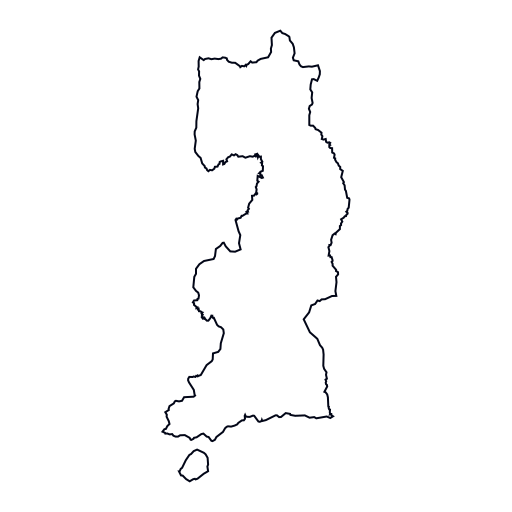 Manggarai, Nusa Tenggara Timur, Indonesia
{"feature_id": "22746128B41361424069199", "entity_name": "Manggarai", "entity_type": "district", "adm_level": 2, "iso_a3": "IDN", "parent_name": "Indonesia", "parent_adm1": "Nusa Tenggara Timur", "projection": "robinson", "projection_center": [120.422, -8.578], "detail": "fine", "context": "isolated", "style": "outline", "palette": "ink", "viewbox_px": 512, "rotation_deg": 0, "n_neighbors": 0, "source": "geoboundaries", "source_scale": "gbopen_adm2", "svg_char_len": 6031}
<svg xmlns="http://www.w3.org/2000/svg" viewBox="0 0 512 512"><path d="M318.0,65.3L311.9,66.7L308.8,66.4L302.9,67.1L301.0,66.3L299.5,64.5L298.3,61.3L293.7,60.3L292.9,57.7L294.6,53.3L293.9,47.3L292.7,43.8L289.9,40.5L289.4,37.0L288.8,36.3L285.1,34.0L282.3,33.1L280.3,30.7L274.9,32.9L271.5,37.7L271.9,45.1L270.9,48.6L271.1,52.0L268.1,57.3L260.7,58.9L257.7,60.6L256.4,62.2L252.2,62.6L250.6,61.3L248.2,64.1L246.7,64.7L246.3,65.8L245.7,64.9L244.3,66.3L241.9,65.9L240.3,67.1L239.9,66.2L235.2,62.8L231.8,62.7L228.7,61.7L227.0,59.8L226.8,58.4L225.2,57.7L222.6,57.4L221.0,58.7L218.5,59.1L214.6,58.6L211.4,59.2L208.5,58.3L205.0,59.0L203.7,60.1L199.7,57.3L198.6,61.0L198.7,66.6L198.1,69.4L199.1,71.4L199.0,75.6L200.3,78.9L199.3,82.0L199.4,88.5L197.7,91.2L196.5,96.7L198.2,100.1L197.6,104.1L198.2,108.3L196.4,121.1L196.3,127.7L194.7,131.4L194.6,134.4L195.8,140.6L194.7,148.8L195.3,152.0L198.4,156.0L200.6,157.9L202.2,163.4L204.7,166.1L204.9,167.5L206.5,168.5L207.1,170.1L208.4,171.2L209.9,169.9L212.1,170.3L214.3,168.7L214.9,166.8L217.5,166.6L218.5,164.4L219.5,163.9L219.7,162.0L220.5,161.5L223.1,160.8L223.1,164.4L224.3,164.0L225.4,162.1L227.1,161.3L226.4,159.3L228.2,157.2L229.9,156.6L231.7,154.4L234.0,155.4L235.6,154.2L237.3,155.1L238.3,156.7L242.6,156.2L245.4,157.7L249.9,156.2L252.7,156.7L254.7,155.8L255.8,156.5L256.2,155.9L255.3,154.4L257.2,153.8L257.9,157.2L258.6,155.6L259.5,156.8L260.9,156.6L260.9,159.1L262.3,161.7L261.1,162.7L262.1,163.3L261.9,165.4L263.0,166.2L262.8,170.8L260.5,171.7L259.2,173.2L260.3,173.4L260.3,175.3L261.7,175.2L262.9,177.6L261.8,178.0L257.7,175.9L257.3,180.7L258.6,181.7L257.0,183.5L256.5,186.2L255.8,187.0L256.6,189.3L256.2,192.6L257.2,193.2L257.2,193.8L256.5,194.4L255.5,193.6L254.1,195.6L252.0,195.8L252.3,199.9L249.2,203.6L248.1,207.7L248.9,208.8L247.5,210.5L248.0,211.7L246.5,212.0L247.3,213.5L246.1,213.6L242.4,215.9L241.6,215.8L240.6,217.8L237.8,218.5L237.0,219.5L236.3,218.8L235.5,220.0L238.6,231.3L240.3,235.1L239.0,243.2L240.6,249.4L235.1,251.7L230.3,251.4L225.7,246.3L223.8,242.7L222.6,242.9L220.2,246.0L215.9,249.0L215.0,256.1L213.6,259.0L204.0,261.0L199.4,264.2L196.0,268.8L196.0,273.8L194.3,276.8L193.3,287.3L196.0,290.9L198.2,292.6L199.0,295.3L198.5,298.6L197.5,298.9L197.3,300.2L194.0,300.5L192.9,302.4L194.1,303.2L194.0,304.9L196.5,306.9L196.4,308.1L197.6,307.6L197.8,309.2L198.6,308.8L199.0,311.2L200.5,311.3L201.6,312.0L201.5,312.6L202.3,312.7L201.1,314.1L202.0,313.6L201.9,314.7L202.6,314.8L202.1,315.9L202.6,316.7L201.8,317.2L202.8,318.6L204.4,317.6L204.7,318.1L204.2,318.8L205.4,319.2L206.9,320.7L208.3,320.7L210.2,318.3L211.4,315.6L212.2,315.7L211.9,316.9L213.6,317.6L213.3,318.1L214.3,318.8L217.1,324.9L218.7,326.4L221.0,327.2L223.3,329.5L223.8,333.2L220.8,343.3L220.4,349.0L218.2,351.9L213.0,353.4L212.7,359.4L211.8,361.1L206.6,365.1L200.8,375.0L198.5,375.9L197.8,375.5L197.5,376.3L196.2,375.8L195.4,376.9L193.6,376.5L192.6,377.0L189.3,376.9L188.2,378.7L188.1,380.3L189.0,382.4L193.8,389.9L194.6,394.7L195.1,395.5L193.6,396.7L184.1,397.2L182.0,400.8L179.0,401.4L175.9,400.8L174.8,401.4L173.8,403.4L169.5,406.1L168.6,408.9L168.8,410.0L165.3,412.2L166.8,414.7L166.6,416.7L168.8,421.2L169.5,424.0L167.3,426.1L165.9,428.9L164.4,429.2L162.5,431.7L165.0,432.8L165.3,433.6L167.3,433.5L169.6,434.4L172.2,434.1L173.4,435.7L175.6,436.6L178.0,436.6L180.1,435.3L184.8,435.1L189.6,437.8L190.6,439.7L191.3,439.9L193.5,438.8L194.0,437.8L196.6,437.3L201.3,434.1L203.4,433.6L206.7,436.6L208.6,437.0L211.4,440.8L212.5,441.1L214.9,439.8L216.4,437.0L223.0,431.9L225.1,428.2L226.7,426.8L228.0,426.3L231.1,426.6L234.6,425.6L237.2,424.4L238.3,422.9L241.9,420.4L243.9,420.3L245.0,418.7L244.7,415.8L245.1,414.9L245.7,416.3L246.9,416.8L249.8,416.9L253.0,415.6L254.2,415.8L258.4,421.5L259.8,421.8L261.6,421.0L261.9,420.0L262.3,421.0L265.9,420.1L275.6,415.3L276.9,415.3L279.1,417.1L281.0,417.0L285.7,413.1L290.1,413.9L290.4,414.9L295.2,415.8L304.8,415.4L309.6,417.7L314.2,417.1L316.3,418.3L326.7,416.5L330.3,418.0L333.0,416.3L331.6,415.4L331.3,414.3L330.3,414.4L330.7,413.9L330.1,413.8L329.8,412.4L330.0,409.6L329.2,409.4L328.6,407.8L328.9,406.8L328.3,406.3L327.9,397.3L327.2,394.4L325.6,392.3L324.4,391.8L327.2,386.5L326.9,384.9L326.1,384.3L325.7,382.7L326.2,381.3L325.5,379.6L326.9,378.7L326.0,374.8L326.5,372.3L324.1,368.8L323.3,365.8L323.6,354.5L323.1,349.7L322.2,347.7L320.0,345.2L317.3,338.8L309.9,332.3L303.7,319.3L309.1,312.4L311.3,305.4L315.1,304.0L317.5,300.5L319.7,301.1L321.6,299.4L325.1,299.2L332.0,296.0L336.3,295.9L335.4,291.1L336.5,282.2L336.0,276.8L338.1,274.4L338.0,272.2L336.0,271.0L336.1,269.8L332.6,265.7L332.6,263.8L331.6,261.9L332.6,260.9L332.5,260.0L331.6,257.1L330.4,257.1L330.1,255.5L328.6,255.6L329.4,251.1L328.4,247.2L329.4,245.9L329.4,245.0L330.6,245.1L331.6,242.7L331.1,239.8L332.6,235.2L334.7,233.5L335.6,234.1L335.9,232.8L339.9,229.1L339.9,226.0L341.1,225.1L341.0,223.5L342.3,221.6L341.1,219.3L343.7,217.7L344.7,216.3L346.0,216.1L346.3,214.9L347.6,213.7L347.6,212.9L346.3,211.7L347.3,210.8L347.6,208.9L348.7,207.7L349.5,199.7L349.1,198.4L347.2,197.8L345.9,190.9L345.0,189.6L344.6,185.3L343.2,183.2L343.9,182.1L341.2,177.2L342.8,170.9L340.2,169.1L340.2,166.9L338.7,165.6L337.9,163.3L336.5,162.2L335.1,159.7L335.2,158.4L334.0,157.8L334.6,154.7L334.1,153.5L332.2,152.5L332.1,148.2L330.2,148.0L329.3,147.1L329.3,145.4L330.1,145.0L329.4,144.1L330.2,142.9L329.3,142.3L327.4,142.7L326.1,141.8L325.7,139.0L323.5,139.6L321.8,139.0L322.4,136.2L321.3,134.6L321.5,132.7L318.1,130.0L315.6,129.2L315.2,127.9L313.1,125.7L310.8,125.7L309.3,125.0L309.3,115.2L310.2,112.0L308.9,108.8L309.7,106.0L312.0,104.5L312.6,102.9L311.6,98.0L312.2,92.4L310.3,89.4L310.7,84.5L312.0,79.3L313.7,79.1L317.2,80.8L318.7,77.5L319.8,74.3L319.9,71.1L318.0,65.3ZM203.9,452.8L197.1,449.6L193.7,451.1L191.1,454.0L189.4,454.9L185.8,460.2L182.1,467.8L180.7,468.9L179.6,471.4L179.0,471.4L181.0,475.4L182.7,475.6L186.1,479.1L189.7,481.3L193.2,479.2L194.9,478.8L195.6,479.4L197.5,478.7L203.8,473.7L208.1,471.2L207.4,466.5L208.1,464.6L207.6,457.8L205.6,454.3L203.9,452.8Z" fill="none" stroke="#020617" stroke-width="2"/></svg>